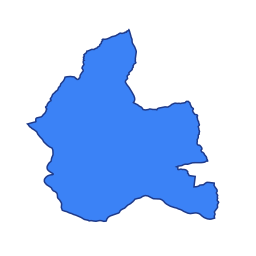 Chunchi, Chimborazo, Ecuador (Equal Earth projection), rotated 98°
{"feature_id": "8360857B64943669996857", "entity_name": "Chunchi", "entity_type": "district", "adm_level": 2, "iso_a3": "ECU", "parent_name": "Ecuador", "parent_adm1": "Chimborazo", "projection": "equal_earth", "projection_center": [-78.931, -2.329], "detail": "fine", "context": "isolated", "style": "filled", "palette": "blue", "viewbox_px": 256, "rotation_deg": 98, "n_neighbors": 0, "source": "geoboundaries", "source_scale": "gbopen_adm2", "svg_char_len": 5804}
<svg xmlns="http://www.w3.org/2000/svg" viewBox="0 0 256 256"><g transform="rotate(98 128 128)"><path d="M30.6,140.8L31.7,141.4L32.0,142.3L32.3,142.6L33.4,143.0L33.4,144.1L34.1,144.5L35.1,146.8L35.2,147.3L35.1,148.4L35.2,149.1L35.9,150.1L36.4,150.4L37.3,151.8L38.3,152.9L39.2,155.0L39.6,156.3L40.5,157.7L41.2,158.6L42.7,161.1L43.4,163.2L43.5,165.2L44.1,165.8L44.7,165.3L45.2,165.4L46.0,166.2L47.9,166.3L49.4,167.5L50.7,167.5L52.2,169.4L53.0,169.7L54.0,171.6L54.9,172.4L55.2,174.9L56.5,177.0L57.6,179.1L57.6,179.4L58.7,179.6L59.4,179.8L60.1,180.6L61.7,181.9L62.1,181.6L63.1,181.3L64.1,182.0L64.6,181.8L64.9,181.4L66.2,181.7L66.7,181.5L67.1,181.0L67.2,181.3L67.6,181.5L68.4,181.6L69.6,181.4L71.1,180.5L71.9,180.7L72.6,181.2L74.4,181.9L74.9,181.7L75.3,181.8L76.1,181.0L76.8,180.6L77.2,180.4L77.7,180.3L78.2,180.5L79.3,181.3L82.2,182.6L83.0,182.7L84.3,182.6L85.3,182.9L85.4,183.3L85.6,183.4L86.1,183.5L86.7,184.0L87.0,185.1L86.2,186.1L86.2,186.7L85.7,187.0L85.6,187.5L85.1,187.9L84.9,188.5L85.0,192.2L85.7,195.4L86.4,197.4L88.6,197.8L90.4,198.5L93.8,200.8L95.5,200.9L95.8,201.2L96.4,201.3L96.9,202.0L97.9,202.5L98.8,202.6L100.0,202.9L101.5,204.1L101.9,204.9L102.6,205.0L104.4,206.6L105.3,207.3L108.1,208.0L108.8,208.4L109.7,208.9L110.0,209.0L110.3,208.9L111.0,208.1L111.7,208.1L112.5,209.2L113.2,209.6L113.7,210.3L114.7,210.6L115.9,211.3L117.1,211.2L117.6,211.5L118.1,212.2L118.7,212.5L119.5,212.1L119.8,211.5L120.3,211.4L120.4,211.2L120.7,211.1L121.5,211.5L122.8,211.5L124.9,212.4L125.8,213.1L126.0,213.2L126.4,213.7L127.4,214.1L128.4,214.8L129.1,215.6L130.6,219.5L131.0,220.1L131.7,220.5L133.4,220.4L134.2,220.1L134.6,220.2L135.0,220.9L135.5,222.3L138.0,228.1L138.9,226.9L139.5,226.5L140.7,225.1L141.1,224.1L141.9,223.0L143.1,220.2L144.4,218.0L144.8,217.6L146.6,216.5L148.9,214.1L151.1,211.3L151.7,210.7L153.2,209.7L153.8,209.0L156.3,205.5L157.6,203.1L158.4,200.6L158.7,200.3L160.2,199.4L161.5,199.1L164.3,198.6L165.3,198.6L167.8,199.3L169.2,199.5L171.2,199.5L171.6,199.6L173.7,201.3L175.2,202.0L176.9,202.6L177.8,202.7L179.1,202.5L180.4,201.9L181.5,200.5L182.1,199.4L183.2,197.0L183.7,195.9L184.0,195.7L184.3,195.7L184.6,196.0L185.3,198.4L185.9,199.7L186.7,201.0L188.4,202.6L190.4,203.6L192.3,203.5L193.6,202.8L194.4,201.8L195.3,201.0L197.4,196.5L198.0,195.5L199.5,194.5L200.6,193.2L201.1,191.4L201.3,190.9L202.5,189.3L203.8,188.7L206.6,188.1L207.3,187.6L208.9,185.6L211.1,183.8L211.7,183.4L213.0,183.1L215.9,183.0L218.6,181.6L219.2,178.7L219.3,177.3L220.2,174.3L220.6,171.8L221.2,169.9L221.6,167.4L223.1,162.0L224.6,158.6L224.9,154.7L225.4,153.5L225.1,152.8L224.8,151.1L224.9,149.1L224.8,146.7L223.7,143.6L223.5,142.6L223.5,141.3L223.8,139.0L223.5,137.6L223.2,136.7L222.1,136.4L221.4,136.4L219.1,135.2L217.9,133.8L217.4,133.1L214.3,127.1L213.9,126.2L213.4,125.4L212.9,124.9L210.8,124.1L210.0,123.3L209.0,122.1L208.1,120.6L207.4,119.8L205.6,118.5L204.1,117.2L203.1,115.7L202.0,114.5L201.3,114.0L200.5,113.1L199.9,112.8L199.4,112.3L197.5,111.2L196.4,108.6L195.7,106.6L195.0,105.4L194.1,104.5L193.3,103.3L192.5,101.5L192.5,98.9L194.5,93.1L194.3,91.0L194.0,87.8L193.9,86.5L194.3,84.7L195.5,82.5L196.7,81.3L197.9,79.4L199.5,75.4L200.3,71.1L200.5,68.7L201.1,66.9L201.5,64.5L201.8,63.4L202.8,61.2L204.0,56.9L204.1,54.4L202.7,49.6L202.6,48.5L202.7,46.7L203.0,45.4L203.6,44.2L204.6,42.9L206.1,40.1L206.9,36.8L206.9,34.2L206.6,32.9L205.2,29.7L203.2,30.3L201.3,29.8L200.8,30.0L199.4,30.7L199.0,30.8L194.3,28.3L193.8,28.3L191.7,28.8L190.9,28.7L190.4,28.3L189.7,28.3L189.0,27.9L188.3,28.3L187.8,29.2L187.2,29.6L186.0,29.7L185.2,29.4L184.1,29.9L183.3,29.9L182.7,30.0L182.2,29.8L181.8,30.1L180.6,31.2L179.8,31.5L178.2,30.9L177.4,31.1L176.9,31.5L176.6,31.4L174.3,33.7L172.7,34.9L171.3,34.8L170.5,35.0L170.6,37.7L170.6,39.9L170.8,42.2L171.6,43.4L173.7,45.4L174.5,48.6L174.7,49.1L175.7,49.9L176.0,50.5L176.4,51.6L176.7,52.3L176.8,53.1L177.1,54.5L166.6,54.7L166.6,60.6L166.6,60.8L164.9,62.0L164.6,62.6L164.3,62.7L163.3,62.7L162.9,62.8L161.8,64.1L161.6,64.6L161.3,65.7L161.3,67.0L161.5,68.2L161.3,69.9L162.0,71.6L162.2,72.5L162.1,72.8L161.5,73.0L160.2,73.1L159.7,73.7L159.6,74.3L158.7,72.8L158.1,70.7L157.7,69.4L156.5,67.8L156.1,66.9L155.8,65.9L155.6,63.8L154.8,62.1L153.5,59.4L153.0,56.8L152.2,51.1L151.7,49.0L151.1,47.3L149.7,45.5L149.7,44.6L148.9,44.7L147.3,45.9L146.5,46.0L145.6,46.5L143.6,48.7L142.9,49.0L142.4,49.5L141.6,50.7L141.5,51.5L141.3,51.8L140.2,52.5L139.7,52.6L138.5,51.8L137.2,52.3L136.0,53.5L135.3,54.4L135.1,54.7L135.2,56.0L134.9,56.6L134.4,57.1L134.1,57.3L133.2,57.6L132.0,57.5L129.7,57.9L128.9,57.4L127.4,57.1L125.7,57.4L124.8,57.3L124.1,56.6L123.2,56.9L121.4,56.7L119.5,57.7L118.7,57.8L116.8,58.7L115.3,57.8L114.7,57.8L113.3,58.6L111.7,59.1L111.0,59.8L110.2,60.2L109.4,60.5L108.3,60.7L107.5,61.3L107.2,61.3L106.5,60.8L105.9,60.9L105.6,61.2L105.3,61.8L105.2,63.6L105.0,64.0L103.1,65.8L102.0,66.4L101.5,66.4L100.1,65.9L99.6,66.1L98.4,68.2L97.8,68.3L97.1,69.0L96.5,69.2L96.0,69.7L94.6,70.1L93.6,71.7L93.3,71.8L93.4,73.6L93.8,74.2L94.6,74.6L94.9,74.9L95.6,76.8L95.8,77.8L96.4,79.3L96.5,79.7L96.4,80.8L96.8,82.6L96.8,84.6L97.1,85.5L98.6,88.0L100.0,89.2L101.7,91.4L101.8,92.0L101.9,94.2L104.0,100.3L104.8,101.5L106.0,102.0L105.8,102.5L105.8,102.9L106.2,106.2L106.1,109.0L106.3,109.5L106.8,110.2L107.7,113.2L107.7,114.2L107.6,115.7L106.4,116.6L105.4,117.9L104.9,119.6L103.6,121.8L103.2,123.2L102.1,126.2L101.3,125.8L100.1,125.4L98.8,125.3L97.4,125.6L95.0,126.8L91.6,129.4L87.7,132.6L85.1,135.3L82.9,137.0L81.8,137.0L81.0,136.7L79.2,135.3L76.7,136.1L75.6,135.4L74.6,134.3L73.2,134.9L69.7,132.1L69.4,132.0L68.3,132.1L67.0,131.3L65.7,131.7L65.2,131.4L63.8,130.9L63.0,130.0L62.7,129.5L62.2,129.3L60.9,130.1L59.1,130.2L58.3,130.4L51.9,130.4L50.9,130.5L49.8,131.0L46.9,132.6L43.4,135.4L42.1,135.9L39.6,136.4L37.1,137.8L36.2,138.1L31.1,140.4L30.6,140.8Z" fill="#3b82f6" stroke="#1e3a8a" stroke-width="1.5"/></g></svg>